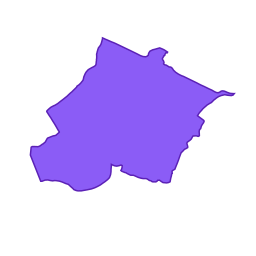 outline of Dang Tong, Kâmpôt, Cambodia, rotated 296°
{"feature_id": "14789045B85539457385801", "entity_name": "Dang Tong", "entity_type": "district", "adm_level": 2, "iso_a3": "KHM", "parent_name": "Cambodia", "parent_adm1": "Kâmpôt", "projection": "natural_earth1", "projection_center": [104.44, 10.699], "detail": "fine", "context": "isolated", "style": "filled", "palette": "violet", "viewbox_px": 256, "rotation_deg": 296, "n_neighbors": 0, "source": "geoboundaries", "source_scale": "gbopen_adm2", "svg_char_len": 4094}
<svg xmlns="http://www.w3.org/2000/svg" viewBox="0 0 256 256"><g transform="rotate(296 128 128)"><path d="M197.8,65.6L196.9,66.0L195.9,66.2L194.4,66.5L192.8,66.8L191.0,67.0L189.7,66.8L189.3,66.8L187.2,66.3L186.3,66.4L185.3,66.5L184.8,66.6L183.8,66.8L183.0,66.9L181.9,67.2L180.6,67.4L179.9,67.8L178.6,68.5L176.9,69.3L176.0,69.5L174.8,70.1L174.0,70.3L172.7,70.8L171.0,71.4L169.8,71.3L168.2,70.4L166.4,69.0L165.1,68.1L163.0,66.7L162.3,66.5L160.2,65.9L158.3,65.7L156.0,65.8L154.4,65.9L153.0,66.3L151.4,66.6L150.5,66.5L149.3,66.2L147.5,65.8L145.3,65.0L143.2,63.8L142.2,63.9L140.2,63.2L137.7,62.3L135.9,61.7L134.4,61.0L132.1,60.1L130.1,59.4L128.4,58.6L127.8,58.3L125.0,57.0L123.1,56.0L120.4,54.7L119.9,54.5L118.8,53.9L117.6,53.1L116.7,52.6L115.7,51.7L114.4,50.7L112.7,49.5L110.9,48.7L108.8,47.9L107.9,47.6L107.1,47.8L106.5,48.8L105.0,51.2L103.4,54.0L101.4,57.1L99.3,60.5L97.5,63.2L95.7,65.8L94.9,67.0L94.6,67.8L94.1,68.1L89.9,66.4L89.4,65.9L88.8,65.2L88.4,64.6L87.8,63.9L87.0,63.2L86.5,62.7L85.7,62.0L84.9,61.3L84.2,60.5L83.2,60.0L81.6,59.9L79.2,59.8L78.7,59.6L77.7,59.1L76.9,58.9L75.9,58.1L74.7,57.5L73.4,56.8L72.4,56.0L71.7,55.2L71.4,54.6L71.2,54.0L70.6,52.7L69.3,50.0L68.3,49.4L60.9,52.1L41.9,72.9L42.5,74.1L44.8,76.3L46.2,78.8L46.6,80.6L46.8,81.4L47.5,83.5L48.5,84.9L49.2,86.5L50.2,89.7L50.6,92.6L50.8,96.6L51.2,99.1L50.2,102.3L49.5,104.9L48.9,106.4L49.1,108.9L49.6,110.7L50.5,112.4L51.0,113.5L54.5,118.3L57.2,121.8L59.3,123.9L59.7,124.3L62.2,126.3L64.7,128.1L67.5,129.6L69.6,130.8L72.7,132.3L75.2,133.1L78.4,132.8L81.2,131.9L83.8,130.7L86.6,129.7L88.0,129.0L88.0,130.7L88.2,132.8L88.8,134.6L90.3,136.6L91.6,137.9L91.7,139.2L90.2,139.9L88.2,140.3L86.7,140.2L86.4,141.3L86.6,144.6L86.9,145.9L86.7,147.2L86.7,151.0L87.9,153.6L88.0,155.3L88.1,158.8L88.6,161.8L89.2,163.9L90.4,166.3L90.6,167.3L90.5,168.6L90.2,170.2L90.6,171.7L90.3,173.4L90.6,173.9L90.7,174.4L91.8,176.7L93.1,177.5L94.0,177.6L94.9,179.2L94.5,181.5L94.3,183.4L95.6,186.8L96.8,188.4L98.1,189.4L101.7,188.4L103.9,188.0L105.9,187.4L106.6,187.7L107.8,186.9L108.6,186.5L109.6,186.9L111.5,188.2L113.8,188.0L118.1,187.7L121.4,187.4L124.6,187.0L126.6,186.8L129.0,186.6L131.2,187.4L133.6,188.1L134.8,189.1L136.5,190.2L137.0,190.1L137.8,189.6L139.0,188.5L140.0,187.6L141.2,187.5L142.7,188.3L144.2,189.1L145.8,189.7L148.2,189.8L149.4,190.0L149.8,190.9L150.7,192.4L151.0,193.3L151.2,194.7L152.0,195.4L152.4,195.5L154.1,194.6L156.0,193.5L158.0,193.0L159.2,193.6L160.8,193.3L162.3,193.1L164.2,193.3L166.0,193.6L167.6,193.4L168.1,192.5L168.6,189.9L168.8,188.7L169.2,186.6L169.5,185.1L172.0,185.3L174.2,185.8L176.1,186.4L177.9,186.8L179.7,187.5L182.0,188.5L183.3,189.0L186.0,190.7L187.3,191.7L188.6,192.2L190.8,192.9L191.7,193.4L193.9,194.4L196.0,195.7L198.0,197.5L200.3,200.3L201.1,203.1L202.4,206.6L203.7,208.0L205.5,208.4L205.1,207.6L204.5,206.1L204.1,205.1L203.8,204.0L203.7,203.0L203.5,201.2L203.5,199.9L203.3,198.1L202.7,196.5L202.0,195.6L200.6,194.8L199.4,193.8L199.0,193.1L198.6,191.6L198.6,189.6L198.8,186.7L198.7,183.8L198.7,181.1L198.7,178.3L198.6,175.2L198.6,173.1L198.7,170.4L198.7,168.9L198.7,166.8L198.7,164.4L198.7,162.4L198.7,160.5L198.7,159.5L198.7,158.3L198.7,156.9L198.7,155.3L198.5,153.3L198.5,151.7L198.5,150.8L198.6,149.2L198.7,148.4L198.8,147.9L198.9,147.0L199.0,146.3L199.2,145.7L199.5,144.9L199.7,144.0L200.1,143.2L201.1,141.6L201.5,140.0L201.4,139.4L200.9,138.2L201.1,136.8L201.1,136.3L201.2,135.6L201.3,135.0L201.1,134.1L200.9,133.5L201.0,132.9L201.0,132.3L201.3,131.8L202.0,131.8L202.5,131.7L202.9,131.5L203.3,131.0L203.8,130.6L204.2,129.9L204.4,129.5L204.9,128.9L205.5,128.5L206.3,128.5L207.3,128.6L207.9,128.7L208.5,128.5L209.1,129.0L209.4,129.2L209.9,129.0L210.5,128.9L211.1,129.0L211.7,129.2L212.2,129.1L212.6,129.7L212.9,130.4L213.6,130.3L213.7,129.6L213.8,128.5L214.1,126.4L214.1,124.5L213.9,121.4L212.5,119.8L210.5,117.6L209.1,115.9L206.6,114.0L204.2,113.8L202.2,114.3L200.9,113.7L199.8,112.7L198.8,110.1L198.5,107.4L198.6,103.9L198.6,97.6L198.6,95.2L198.5,81.2L198.5,80.0L198.4,77.7L198.2,75.5L198.1,72.9L198.0,70.0L197.9,69.2L197.9,67.4L197.8,65.6Z" fill="#8b5cf6" stroke="#5b21b6" stroke-width="1.5"/></g></svg>